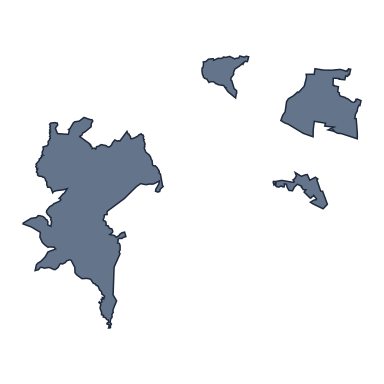 Zimatlán de Álvarez, Oaxaca, Mexico
{"feature_id": "50627088B8941621819676", "entity_name": "Zimatlán de Álvarez", "entity_type": "district", "adm_level": 2, "iso_a3": "MEX", "parent_name": "Mexico", "parent_adm1": "Oaxaca", "projection": "mercator", "projection_center": [-97.013, 16.759], "detail": "fine", "context": "isolated", "style": "filled", "palette": "slate", "viewbox_px": 384, "rotation_deg": 0, "n_neighbors": 0, "source": "geoboundaries", "source_scale": "gbopen_adm2", "svg_char_len": 5866}
<svg xmlns="http://www.w3.org/2000/svg" viewBox="0 0 384 384"><path d="M50.7,123.1L49.6,124.3L50.5,126.3L49.8,127.1L50.4,128.9L49.6,130.0L50.1,130.6L49.8,131.1L50.6,131.9L49.5,132.7L50.2,135.7L49.6,136.6L50.2,137.1L50.3,138.3L49.6,138.8L49.5,140.0L48.1,141.5L48.3,144.3L47.2,145.7L43.0,147.0L43.4,149.4L42.1,152.2L42.4,154.5L42.8,154.9L42.3,154.8L41.4,155.7L41.9,156.6L41.5,157.3L40.7,157.5L40.6,158.4L39.2,159.0L39.3,160.4L36.0,164.2L36.7,165.3L35.8,166.5L36.9,168.5L37.4,168.5L36.7,169.3L37.4,169.8L36.4,172.0L37.9,173.6L37.5,174.9L38.9,176.1L42.2,176.5L42.7,177.1L44.1,177.4L45.1,178.5L45.6,180.5L46.8,182.0L46.7,184.8L47.8,187.3L49.5,187.1L51.0,188.2L52.7,192.8L53.6,191.6L56.3,190.7L63.3,189.8L67.2,188.7L64.3,193.3L63.3,193.7L59.1,198.5L60.5,198.9L60.9,199.8L59.8,201.1L53.7,203.8L52.7,204.9L49.7,206.7L46.8,210.4L46.4,212.1L47.5,214.3L49.4,215.9L49.7,216.8L51.1,217.6L50.7,219.6L51.6,221.6L50.9,226.3L47.7,224.8L47.9,221.8L46.8,219.7L45.6,219.3L44.8,217.9L42.9,216.5L39.4,215.6L38.0,215.7L36.9,217.1L35.7,217.7L31.1,218.3L23.2,223.1L23.0,223.9L31.4,227.0L40.3,232.3L39.9,237.2L42.3,242.4L44.9,245.0L48.0,247.3L49.7,246.9L54.2,247.2L55.7,249.0L48.0,251.9L45.1,257.0L40.9,261.3L37.9,263.1L36.4,264.8L35.1,270.6L38.5,269.7L39.8,268.0L41.1,267.2L44.6,268.2L48.2,267.5L49.9,267.7L54.0,269.6L55.5,269.5L58.2,267.3L59.7,264.4L60.7,263.6L62.5,264.0L65.3,262.6L66.6,260.9L69.5,259.8L71.2,260.4L74.8,267.4L75.0,272.7L76.9,275.0L82.0,278.7L86.7,278.4L90.5,279.1L93.3,283.3L95.5,284.1L96.0,285.2L98.1,286.2L99.6,290.1L100.4,290.4L101.6,292.0L101.8,294.0L104.5,296.0L104.4,297.5L102.5,297.5L103.6,299.1L101.3,299.1L101.1,299.4L102.0,301.8L100.4,302.8L99.4,301.8L98.9,302.5L100.6,304.0L100.9,304.8L100.2,306.5L100.1,308.5L101.6,312.4L101.5,314.7L103.5,315.3L103.2,317.0L105.4,317.6L106.7,319.4L108.3,320.2L108.7,322.1L107.2,323.0L106.9,323.9L109.0,324.8L109.1,325.9L108.5,328.0L110.1,327.9L110.5,327.6L110.4,325.6L111.4,324.1L110.3,322.5L110.2,321.4L110.8,318.8L112.1,317.2L111.9,314.3L113.3,312.3L112.8,311.0L113.7,307.9L116.6,300.9L113.1,294.9L114.1,267.1L120.0,253.8L119.0,251.6L120.1,250.1L120.1,245.5L119.3,243.4L117.5,242.9L118.2,240.4L117.9,239.6L119.0,238.4L121.8,238.5L123.3,237.4L125.9,236.6L124.6,232.1L122.0,232.7L119.8,234.3L119.0,235.6L116.2,237.3L114.5,235.5L109.8,234.5L112.5,232.5L112.8,231.2L111.8,228.8L109.3,228.3L108.2,225.8L106.1,225.4L106.0,222.2L105.3,221.2L103.6,220.6L103.1,220.0L104.2,217.1L104.2,215.2L104.6,214.8L107.2,214.5L106.9,212.3L107.7,210.9L124.4,198.5L136.4,186.6L140.7,183.6L145.9,184.7L149.9,184.0L152.1,184.2L153.9,183.8L159.4,181.0L158.9,183.9L155.9,189.1L155.5,191.2L157.7,192.1L159.7,191.5L160.3,189.1L163.2,186.5L162.5,185.5L160.4,174.0L159.1,172.9L159.3,171.2L157.0,167.5L155.3,165.8L153.8,165.9L152.6,165.2L152.1,160.7L150.9,158.6L150.7,157.3L149.3,155.0L145.8,152.2L144.2,147.9L144.9,146.3L144.5,144.9L145.1,144.1L143.7,140.3L144.1,139.4L143.6,139.2L143.3,137.8L143.7,136.4L142.9,134.9L141.6,134.6L141.2,133.8L139.0,134.8L137.5,136.3L133.9,138.1L131.2,138.8L130.7,138.7L130.4,136.3L129.3,135.3L129.1,134.2L127.8,133.6L127.0,131.4L119.8,141.1L118.5,140.7L117.4,141.2L114.9,139.9L112.6,142.7L111.3,145.4L109.2,147.0L108.0,146.9L105.7,145.5L101.0,144.6L98.7,146.2L96.5,146.7L95.7,149.1L94.3,148.1L92.2,148.6L91.9,147.1L90.7,146.4L91.0,145.3L89.7,144.7L90.0,144.2L89.7,143.8L79.7,136.6L80.0,136.1L81.6,135.5L83.0,132.8L84.8,132.0L91.1,126.8L91.3,123.4L92.8,121.1L92.1,119.8L89.5,119.4L84.0,117.4L79.3,121.1L74.7,121.8L73.4,122.8L70.0,128.6L68.5,129.5L69.4,130.3L68.3,134.4L57.5,133.6L55.5,128.6L55.8,127.4L57.7,125.1L57.3,123.1L54.8,122.6L50.7,123.1ZM288.2,124.2L303.4,133.4L313.1,136.8L313.2,129.9L314.3,121.3L325.5,123.2L324.7,126.1L334.0,127.1L328.1,129.9L332.8,131.0L332.8,129.9L333.2,129.9L333.8,130.3L334.3,131.6L337.7,133.3L341.4,133.6L357.3,138.8L357.3,133.0L356.2,118.6L354.7,118.5L355.5,114.1L357.2,111.1L357.6,108.0L358.9,105.3L359.9,105.6L361.0,100.6L357.1,99.0L356.8,99.5L355.9,99.4L355.7,101.2L355.1,101.2L354.4,102.2L352.9,102.3L351.6,101.8L347.9,98.8L345.9,98.2L345.3,97.5L340.2,96.0L339.4,94.7L339.4,92.9L337.7,91.8L338.4,86.7L334.0,85.8L334.0,85.3L333.0,85.1L333.3,78.2L339.2,78.5L339.1,79.2L344.8,79.8L345.7,76.0L347.3,76.4L349.2,74.7L347.9,74.2L349.2,74.6L349.5,74.2L350.7,69.3L348.5,68.8L348.2,70.1L347.3,70.1L347.1,71.4L340.1,69.4L332.0,70.2L323.7,70.1L315.0,68.7L314.2,74.3L306.1,74.3L306.5,76.3L306.3,78.1L304.2,86.3L298.5,92.5L297.6,92.0L293.4,95.8L288.5,98.7L286.6,101.5L285.1,111.9L282.8,115.1L280.8,120.5L284.7,122.9L288.2,124.2ZM202.5,74.8L203.2,75.5L203.4,77.1L204.8,78.4L206.9,79.1L209.0,82.5L210.1,81.8L213.6,81.7L216.1,83.9L216.7,83.7L218.2,84.7L223.7,85.5L225.0,87.6L225.9,87.6L225.6,88.3L228.0,91.7L235.6,98.0L236.2,94.0L236.7,93.2L236.6,90.7L234.1,88.5L231.7,80.5L230.9,80.1L231.0,77.9L233.7,74.4L233.5,72.5L234.9,69.0L238.9,66.5L242.5,63.5L243.0,64.3L243.9,62.3L245.1,61.4L247.4,61.6L248.7,56.8L246.1,56.2L244.3,57.2L239.8,56.0L238.7,58.0L236.0,58.3L234.8,58.9L229.6,56.4L226.0,57.4L223.4,57.0L222.8,57.9L220.6,58.5L218.2,58.2L213.7,60.3L213.3,58.8L212.9,58.7L208.4,59.2L206.1,61.4L203.2,62.0L203.5,63.7L203.2,66.5L202.9,67.4L202.1,68.0L202.0,71.1L202.5,74.8ZM307.3,174.5L304.7,175.0L301.4,176.3L295.2,172.6L296.4,175.9L294.7,178.7L293.0,179.9L294.2,181.4L294.2,182.0L292.9,182.3L281.8,180.4L275.4,181.5L273.4,181.4L273.2,182.4L274.0,185.0L275.7,182.9L276.1,183.0L275.6,185.6L276.6,186.7L278.9,187.1L281.3,185.9L282.5,186.8L284.0,187.0L284.5,185.2L284.3,183.9L286.4,184.2L287.2,187.4L289.0,190.4L292.5,190.8L294.4,187.1L297.3,184.3L301.1,186.0L301.7,186.3L301.3,187.0L303.3,189.6L305.9,189.8L304.1,192.1L310.3,198.2L311.5,197.6L311.8,196.8L313.4,196.2L313.7,195.4L316.6,199.0L316.3,199.7L314.1,200.0L310.4,202.2L312.8,203.8L323.1,208.8L327.4,204.3L322.6,191.2L320.7,191.2L316.8,179.7L317.8,179.0L315.4,177.2L309.8,180.2L307.3,174.5Z" fill="#64748b" stroke="#1e293b" stroke-width="1.5"/></svg>